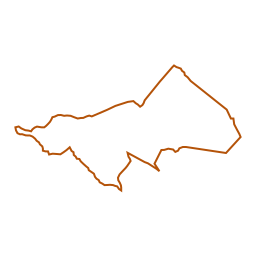 the district of Pilar, Alagoas, Brazil
{"feature_id": "56859067B89686736514526", "entity_name": "Pilar", "entity_type": "district", "adm_level": 2, "iso_a3": "BRA", "parent_name": "Brazil", "parent_adm1": "Alagoas", "projection": "orthographic", "projection_center": [-36.057, -9.614], "detail": "fine", "context": "isolated", "style": "outline", "palette": "amber", "viewbox_px": 256, "rotation_deg": 0, "n_neighbors": 0, "source": "geoboundaries", "source_scale": "gbopen_adm2", "svg_char_len": 1711}
<svg xmlns="http://www.w3.org/2000/svg" viewBox="0 0 256 256"><path d="M15.4,127.3L16.0,130.4L17.5,133.2L20.0,134.3L22.1,134.2L25.8,135.4L29.9,135.5L32.6,136.6L35.1,138.7L36.7,140.8L39.0,142.4L39.9,144.3L42.3,146.4L42.9,148.5L42.9,150.7L45.5,151.4L48.0,151.4L49.1,154.5L52.6,153.7L56.8,154.0L60.4,154.3L63.6,152.2L66.5,150.1L69.7,147.3L71.6,151.0L73.5,152.2L73.8,155.0L75.7,156.6L76.8,158.7L79.4,159.0L80.7,161.3L83.4,163.9L86.3,166.5L88.2,168.0L88.8,170.2L91.6,172.1L93.9,173.7L95.0,176.8L96.5,178.7L98.7,180.1L99.7,182.3L102.3,183.6L104.5,185.1L107.1,185.0L110.0,184.8L113.1,185.1L115.1,185.9L117.2,186.4L119.0,189.0L121.2,190.5L121.2,187.5L120.9,185.3L119.8,182.8L118.3,180.3L118.0,177.7L119.6,174.4L121.8,172.0L123.4,170.3L125.5,168.1L127.2,166.0L130.6,161.0L129.9,158.9L128.5,156.7L127.6,152.8L144.7,162.1L147.9,163.3L156.6,168.9L159.4,171.2L154.5,163.7L161.4,150.0L164.2,149.9L168.3,148.7L173.1,149.5L175.3,151.9L178.0,150.7L179.4,148.3L182.8,147.0L186.0,147.0L226.0,153.0L240.6,137.0L239.3,133.9L236.8,129.3L234.2,124.3L233.4,118.5L230.9,118.5L226.7,109.6L190.7,81.0L187.6,77.2L184.8,75.1L184.3,72.5L182.0,70.8L180.8,68.6L178.4,67.7L176.5,67.1L174.0,65.5L172.3,67.2L162.2,78.9L160.0,81.4L144.7,100.3L143.6,103.2L142.4,105.1L140.1,106.7L137.8,104.5L135.7,103.2L133.4,101.1L127.8,101.9L115.4,105.9L107.2,109.8L91.8,116.4L89.2,115.6L86.6,116.4L83.3,117.9L80.8,118.0L77.7,118.5L74.1,117.2L70.6,115.8L67.0,115.5L64.1,115.8L60.9,115.0L57.9,115.1L54.7,116.6L52.4,117.2L51.3,119.6L50.0,121.8L48.1,123.9L46.2,125.8L44.3,127.3L41.4,127.3L39.4,127.0L37.0,126.6L34.6,127.6L32.4,129.4L31.1,131.3L28.5,130.6L25.3,130.2L23.3,129.3L21.3,128.4L18.7,126.5L15.4,127.3Z" fill="none" stroke="#b45309" stroke-width="2"/></svg>